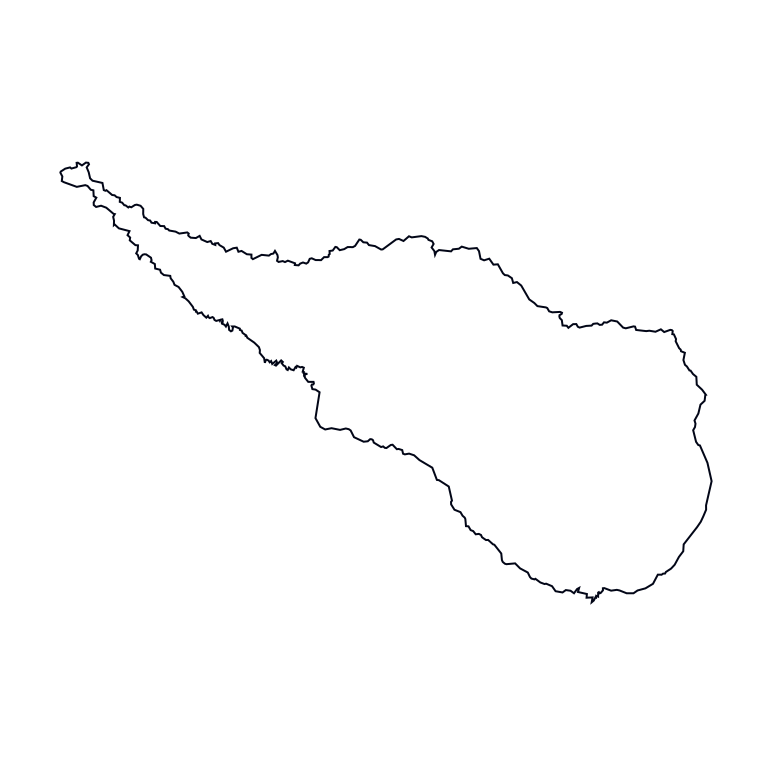 Xico, Veracruz, Mexico (Albers equal-area conic projection), rotated 182°
{"feature_id": "50627088B25862533799100", "entity_name": "Xico", "entity_type": "district", "adm_level": 2, "iso_a3": "MEX", "parent_name": "Mexico", "parent_adm1": "Veracruz", "projection": "albers", "projection_center": [-97.003, 19.446], "detail": "fine", "context": "isolated", "style": "outline", "palette": "ink", "viewbox_px": 768, "rotation_deg": 182, "n_neighbors": 0, "source": "geoboundaries", "source_scale": "gbopen_adm2", "svg_char_len": 6117}
<svg xmlns="http://www.w3.org/2000/svg" viewBox="0 0 768 768"><g transform="rotate(182 384 384)"><path d="M63.0,378.4L62.5,384.2L61.9,384.4L65.9,389.4L71.4,394.2L72.1,402.1L75.5,404.7L78.1,408.1L79.2,408.2L81.9,412.1L83.9,413.7L85.6,418.4L84.4,425.7L88.3,427.1L88.7,428.7L90.3,430.1L94.0,436.9L93.7,439.1L96.0,443.7L97.6,443.9L97.3,447.0L98.2,447.9L99.8,448.1L105.8,445.7L109.2,448.3L114.5,445.7L120.7,446.5L123.8,446.0L133.9,446.8L135.1,450.1L136.6,450.3L144.3,448.1L147.0,448.7L153.1,454.6L159.2,455.6L163.4,453.1L166.3,453.3L168.1,450.9L170.5,450.6L172.8,452.0L174.7,451.8L177.0,451.4L178.6,449.6L183.9,449.1L190.5,447.2L192.3,448.0L193.9,450.6L197.1,450.4L201.7,446.6L203.4,448.6L207.6,448.7L208.5,454.0L210.6,456.0L211.1,457.5L211.0,458.9L208.9,460.2L208.6,461.4L210.5,462.2L218.3,461.5L221.5,462.4L223.5,465.6L224.9,466.2L233.4,467.2L236.6,470.2L241.8,473.6L250.3,487.2L254.7,490.5L258.4,489.5L259.9,494.2L264.0,496.8L267.1,497.1L269.0,498.8L274.4,507.6L278.8,507.1L283.2,512.9L288.3,511.1L291.9,512.5L293.7,520.1L296.0,523.1L304.0,522.1L311.1,524.0L313.9,521.8L319.8,521.0L321.6,518.9L333.7,519.8L336.4,517.8L337.5,514.9L338.3,518.6L341.2,522.1L339.3,525.7L340.8,528.3L344.6,529.6L345.3,530.9L348.1,532.5L351.8,533.1L361.4,531.5L364.2,532.5L369.5,527.6L374.1,529.5L376.9,528.9L390.0,518.5L391.6,518.3L397.8,521.5L403.9,522.3L405.9,524.7L409.6,524.9L412.3,527.3L413.7,527.5L417.7,521.0L419.9,519.7L425.1,519.6L428.5,517.4L432.9,516.2L436.0,519.1L437.4,519.3L439.9,515.6L443.1,515.0L442.8,512.0L443.7,511.2L443.8,509.4L444.8,508.8L448.3,508.7L451.2,505.6L456.7,505.5L460.6,507.1L462.6,506.5L464.1,502.9L465.9,501.6L469.2,502.6L472.0,501.4L473.5,499.6L477.3,499.8L477.1,501.5L484.4,503.9L487.2,502.4L489.5,503.3L493.6,502.3L495.2,503.4L494.5,506.9L495.0,509.2L497.6,513.2L499.1,510.5L501.5,509.9L503.5,508.3L510.8,508.8L519.4,504.2L520.9,505.4L521.0,508.7L525.6,508.9L531.0,512.0L534.1,511.1L535.9,515.1L539.5,514.4L546.5,510.7L548.9,514.7L553.3,517.1L554.7,519.0L557.7,518.6L557.5,517.1L560.5,518.1L562.2,520.8L565.6,519.7L571.5,522.1L573.4,525.6L577.1,523.3L582.3,523.5L584.5,525.2L584.9,525.9L584.4,527.5L585.9,528.6L593.8,527.2L597.6,529.0L604.0,529.9L605.4,531.2L607.7,531.6L609.2,534.1L613.1,534.1L616.8,538.0L618.4,538.0L618.4,536.6L622.0,537.1L623.4,539.2L625.5,539.5L628.2,541.9L629.6,542.2L630.6,545.5L630.7,550.6L633.5,553.6L637.3,554.6L639.2,554.2L642.7,551.8L644.7,552.4L645.7,551.5L648.5,553.5L649.8,553.6L652.0,556.1L654.4,556.8L654.4,560.8L657.8,561.5L659.8,563.2L662.3,563.4L668.1,568.0L669.2,567.4L670.8,568.0L672.4,575.1L682.4,577.0L684.9,579.3L686.5,585.3L688.7,590.1L686.5,593.3L687.2,594.7L689.6,594.9L693.5,591.9L697.7,594.5L698.9,594.3L698.4,590.8L698.9,590.0L703.9,588.4L705.3,589.5L710.1,588.1L714.5,585.0L714.8,583.9L712.7,580.2L713.1,575.6L710.9,574.5L697.9,570.3L689.5,572.3L687.2,571.6L683.8,567.9L681.2,567.4L680.7,561.6L678.0,560.2L680.5,555.3L680.3,552.7L677.9,550.9L673.0,552.3L667.7,550.5L660.2,544.6L659.0,544.4L660.5,541.6L659.5,537.8L659.5,533.4L658.8,534.1L654.4,530.3L643.7,527.9L645.5,523.8L642.8,521.5L643.1,518.7L637.3,514.1L634.7,514.0L634.8,508.9L636.2,505.9L634.5,504.3L633.2,500.6L632.4,500.2L631.2,503.1L629.6,504.8L628.0,505.3L626.2,505.2L621.3,502.1L620.6,499.6L621.3,498.0L617.2,495.9L616.7,491.4L611.8,490.4L610.8,487.5L607.8,485.2L601.4,484.6L600.9,482.2L598.1,478.8L596.8,475.8L592.7,473.8L588.8,469.1L586.6,464.6L588.2,463.9L585.5,462.7L582.1,459.8L577.7,454.4L576.6,451.7L574.6,451.1L574.5,449.8L573.8,449.9L572.5,447.8L568.8,449.2L566.9,446.6L563.9,444.1L562.3,446.0L561.6,444.5L560.4,443.8L557.7,444.9L556.6,444.2L555.6,442.1L553.9,441.2L550.6,442.2L550.2,441.4L549.5,442.6L547.8,443.0L547.3,441.5L547.4,440.5L547.8,440.9L548.3,440.1L548.1,438.7L545.4,437.6L544.0,435.9L542.5,439.1L541.1,436.0L540.7,432.7L538.8,431.3L537.4,432.1L536.9,435.2L537.7,436.2L535.2,436.3L530.0,434.3L529.9,433.0L528.1,432.4L527.1,430.1L524.2,428.2L524.0,427.3L523.3,427.6L522.2,425.4L515.2,420.9L510.3,416.5L509.2,413.6L509.3,410.7L504.7,405.6L503.8,401.0L502.9,403.8L502.0,404.2L500.2,403.4L499.0,401.7L497.6,403.0L496.4,400.1L492.5,403.6L491.5,401.4L493.7,399.1L492.6,398.6L487.6,404.0L485.9,402.5L487.0,401.3L485.0,398.9L483.3,398.2L481.9,395.2L480.7,394.6L479.6,397.2L477.7,395.4L474.8,394.6L473.0,397.9L472.2,397.3L471.5,399.1L468.2,397.7L466.5,398.2L464.7,397.5L465.7,393.4L464.5,393.1L464.8,392.1L464.2,391.7L460.9,391.4L464.2,390.7L464.1,389.5L462.6,389.8L464.0,389.3L463.0,387.2L459.8,383.5L454.5,383.7L454.1,382.2L454.6,381.1L456.1,380.9L456.5,379.8L455.4,376.4L452.2,376.0L448.1,373.5L451.3,347.5L446.2,339.0L441.2,336.5L434.9,338.0L426.3,336.6L420.6,338.2L417.6,337.6L415.7,336.4L412.1,329.8L402.3,325.6L398.2,326.2L395.9,328.4L394.3,328.3L393.0,327.4L392.2,325.1L384.7,320.9L382.7,321.6L380.9,320.2L379.3,320.1L375.1,323.3L373.3,323.6L368.9,319.3L367.1,319.6L363.5,318.6L362.5,315.0L360.7,314.4L356.5,315.3L351.4,313.8L345.9,309.2L332.8,302.0L327.8,290.0L325.8,289.8L315.7,283.8L312.0,269.8L312.9,268.5L312.7,266.0L309.2,260.8L303.1,258.6L300.9,255.1L298.7,253.3L298.0,251.9L297.1,244.8L294.6,244.7L292.3,241.0L289.7,240.1L287.1,237.0L284.0,237.5L281.8,236.5L280.7,234.3L279.1,233.2L276.6,231.6L274.5,231.8L269.5,227.6L268.1,227.2L260.9,218.7L260.0,212.1L259.1,210.3L256.9,208.6L255.4,208.2L246.7,209.3L241.6,204.5L233.7,200.6L231.4,196.2L229.9,194.7L226.8,194.0L225.9,194.6L220.8,191.1L216.6,189.7L215.0,190.1L209.0,187.8L205.3,182.9L198.3,181.9L195.1,184.4L190.4,183.9L186.8,181.5L183.9,185.8L181.9,187.0L182.9,182.9L173.9,181.2L174.1,177.5L168.1,178.0L168.8,173.1L166.8,174.9L165.2,178.3L164.6,178.0L164.5,179.7L162.6,179.0L162.7,183.0L162.0,183.5L161.2,182.3L160.2,182.7L158.0,185.4L158.1,187.5L156.7,187.7L149.8,185.4L144.1,186.4L141.4,185.9L134.1,183.3L127.3,183.6L123.4,186.5L115.6,188.9L108.2,193.7L103.7,203.0L99.9,203.1L98.5,204.2L96.5,204.4L95.7,206.0L90.7,209.5L87.2,213.5L83.2,221.5L79.1,227.3L78.9,234.2L66.1,251.9L62.6,257.4L60.3,262.8L57.7,269.6L57.9,274.0L53.2,298.3L58.0,316.5L66.1,333.6L67.8,334.0L70.1,337.1L73.4,348.6L71.7,351.8L71.3,355.2L72.4,358.4L68.8,365.5L67.0,374.4L63.0,378.4Z" fill="none" stroke="#020617" stroke-width="2"/></g></svg>